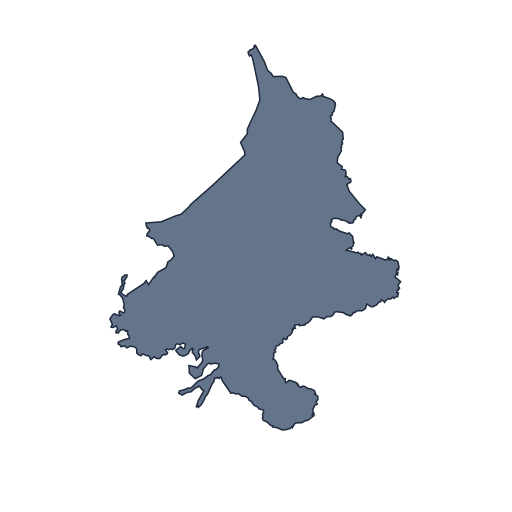 outline of Contepec, Michoacán, Mexico, rotated 228°
{"feature_id": "50627088B15028424096035", "entity_name": "Contepec", "entity_type": "district", "adm_level": 2, "iso_a3": "MEX", "parent_name": "Mexico", "parent_adm1": "Michoacán", "projection": "natural_earth1", "projection_center": [-100.227, 19.961], "detail": "fine", "context": "isolated", "style": "filled", "palette": "slate", "viewbox_px": 512, "rotation_deg": 228, "n_neighbors": 0, "source": "geoboundaries", "source_scale": "gbopen_adm2", "svg_char_len": 6161}
<svg xmlns="http://www.w3.org/2000/svg" viewBox="0 0 512 512"><g transform="rotate(228 256 256)"><path d="M381.5,389.5L386.1,388.8L395.0,392.3L413.0,396.6L413.4,394.9L412.0,394.4L412.2,391.6L413.2,389.4L412.7,388.8L413.0,386.9L411.5,385.7L409.0,385.0L408.7,387.1L404.4,385.3L380.1,371.2L369.4,363.3L364.4,354.0L356.2,334.6L352.6,331.2L350.7,320.5L341.1,317.3L338.5,315.1L337.6,270.1L338.0,241.3L337.4,239.9L337.1,228.1L339.6,223.2L344.8,208.5L354.2,196.2L351.7,194.6L349.3,193.9L347.5,195.0L346.2,194.1L345.2,189.8L343.9,188.2L343.0,189.3L338.7,190.3L337.9,191.5L330.0,190.1L327.3,193.6L324.4,194.5L322.4,197.4L316.2,197.2L312.1,195.9L310.6,194.5L310.0,190.1L310.6,186.5L308.1,182.6L307.7,180.6L309.7,171.9L308.7,167.8L307.9,166.9L308.8,166.1L306.6,157.0L311.2,157.9L310.6,154.3L313.5,134.5L312.6,133.3L313.1,132.5L316.4,131.3L319.4,131.2L320.3,135.2L323.4,139.2L323.5,140.4L325.5,141.0L326.8,145.9L328.2,147.5L329.7,145.7L329.4,144.6L330.0,142.7L328.6,140.5L323.7,137.1L323.8,134.7L319.5,128.1L318.5,128.9L313.9,128.6L308.4,125.8L306.3,122.9L303.7,122.4L302.2,120.9L302.5,119.3L305.9,118.3L306.4,117.6L305.3,115.9L302.6,115.6L303.3,114.2L307.9,112.1L308.2,110.3L307.0,105.3L301.2,103.5L300.6,101.2L299.9,100.7L298.6,101.9L297.5,105.4L296.6,105.2L294.3,104.3L293.8,101.5L292.5,100.6L290.9,102.1L291.6,105.6L290.8,107.4L289.1,108.8L287.1,109.0L286.3,110.5L283.6,108.3L281.7,108.1L279.4,106.7L281.6,103.2L284.0,96.9L284.1,95.7L282.8,94.6L281.2,95.4L278.9,94.9L277.2,98.2L274.1,98.5L273.4,101.8L270.7,104.4L268.1,105.4L266.4,104.9L263.7,102.5L261.7,102.5L258.7,103.9L259.1,106.2L258.3,106.8L255.9,107.6L253.2,109.6L249.4,108.5L249.2,112.8L246.1,113.7L244.2,115.9L244.9,120.0L244.4,121.8L243.1,122.5L242.8,124.5L243.4,125.7L245.9,125.7L246.8,126.4L246.1,127.9L244.7,128.6L244.0,130.6L242.2,131.4L241.8,133.8L243.9,137.2L244.0,138.2L240.8,140.4L240.5,143.1L237.9,144.6L235.0,141.2L235.8,140.0L239.2,139.5L239.6,133.3L238.6,133.0L234.1,132.9L230.7,134.5L229.5,136.6L228.8,140.2L230.0,143.4L230.2,146.9L229.3,147.0L227.2,144.3L222.1,143.9L218.6,142.2L218.9,146.8L220.1,147.9L222.3,148.4L224.6,150.9L220.9,159.3L220.0,159.3L219.8,158.7L221.2,153.5L220.2,151.2L217.4,148.5L214.3,147.0L213.0,144.0L212.2,137.2L213.7,137.1L219.5,132.9L213.6,128.1L205.4,128.8L203.7,135.7L207.3,141.4L208.2,147.9L207.6,149.7L206.1,149.9L203.9,153.7L200.6,156.2L198.6,153.9L198.3,150.6L199.2,149.0L198.3,142.7L199.2,140.2L199.7,134.5L201.5,130.5L201.8,128.3L201.4,120.8L201.8,118.9L203.6,116.8L204.6,113.2L207.0,108.8L205.9,106.8L202.1,108.0L200.7,113.5L198.5,117.0L198.6,121.7L197.0,126.9L192.7,126.4L191.8,127.1L190.7,126.9L187.2,116.4L184.0,110.9L183.5,111.0L183.5,112.4L182.1,111.9L182.1,116.0L184.2,122.3L185.3,123.3L185.7,127.4L190.2,137.5L190.7,140.2L192.8,143.4L191.3,145.6L191.5,146.4L189.6,146.8L189.5,149.0L185.5,147.4L170.8,145.5L169.4,147.5L166.8,148.8L165.6,150.7L161.3,151.7L158.5,154.3L155.3,155.1L153.6,154.3L150.2,155.4L149.5,154.8L146.2,154.7L142.8,156.1L140.5,155.9L136.4,158.5L134.8,157.0L134.1,155.0L131.3,153.3L131.3,152.4L129.1,151.4L125.3,153.1L120.1,153.6L118.8,154.8L117.9,153.9L114.5,156.6L109.0,159.2L107.0,161.9L105.0,165.7L105.0,168.7L104.2,168.3L105.5,172.6L105.1,174.1L101.4,178.6L100.6,182.4L99.3,184.4L98.6,191.8L100.3,191.3L100.1,192.1L100.9,193.0L99.7,193.4L103.6,194.9L105.7,199.8L104.9,202.4L107.5,203.1L107.9,205.9L110.5,208.1L114.2,207.2L114.2,208.4L116.7,209.3L117.8,209.0L120.6,207.8L122.2,206.3L126.8,204.7L128.2,203.4L128.6,201.2L132.3,200.5L132.4,201.4L135.3,201.1L141.4,197.7L141.8,193.4L143.8,194.1L145.2,195.7L145.8,194.7L149.0,194.9L158.2,196.7L159.5,198.6L163.7,200.2L167.5,200.4L167.8,199.7L170.1,202.7L171.9,203.8L171.6,206.5L173.7,206.6L173.6,208.2L175.7,210.9L174.4,212.9L174.6,215.6L173.6,217.5L174.3,218.9L175.9,219.5L176.2,221.7L174.0,222.0L173.7,224.0L175.1,225.5L174.4,228.6L174.8,231.0L176.6,234.6L177.4,234.2L177.5,235.3L176.0,236.9L178.7,238.0L176.4,242.4L175.2,241.6L171.9,246.4L172.6,247.6L171.6,249.8L171.8,253.9L172.9,257.3L169.3,261.3L163.8,264.4L163.6,267.7L160.9,271.3L160.7,273.9L161.6,276.8L160.9,278.4L155.7,282.9L151.8,284.0L148.2,286.2L148.1,288.5L148.8,290.5L147.9,291.5L147.5,294.8L144.3,298.2L143.7,302.0L146.2,306.2L141.4,307.5L139.9,309.2L139.0,313.1L139.4,316.1L138.6,318.3L139.7,319.8L137.2,320.8L135.6,320.4L136.1,324.3L133.9,327.7L134.1,329.8L132.1,330.2L132.0,333.2L130.9,333.9L133.3,337.2L134.7,336.2L135.6,337.3L135.4,339.4L136.3,339.3L136.1,341.2L139.3,341.9L140.1,346.3L147.5,345.3L149.0,348.9L147.4,348.7L148.7,350.4L149.6,349.5L151.0,350.6L151.9,352.4L150.3,352.1L150.9,353.4L152.3,355.0L156.9,357.7L159.6,357.0L160.1,355.4L163.4,354.7L163.3,352.8L164.8,352.2L164.9,353.8L166.7,353.5L165.7,352.2L166.3,349.6L174.5,345.3L174.0,343.1L179.2,343.9L178.5,341.2L180.8,341.6L180.7,340.8L182.6,339.3L185.2,339.7L186.3,334.9L187.6,335.7L189.4,334.3L190.7,334.3L190.6,333.5L191.8,332.0L192.7,332.0L199.8,327.0L199.6,330.9L197.2,331.5L197.2,332.0L198.6,331.9L198.5,334.5L200.5,337.9L201.0,337.6L205.8,340.9L211.0,340.6L211.1,339.0L218.7,334.7L220.8,334.2L221.6,333.6L221.5,332.9L222.1,334.0L224.2,331.8L224.8,332.5L227.4,331.2L230.3,332.8L230.6,335.2L232.7,336.0L232.1,336.8L232.1,338.9L228.1,342.7L226.1,343.1L222.6,346.0L217.9,347.3L218.2,348.0L217.1,348.3L215.9,350.0L216.1,351.4L217.5,352.8L216.8,354.7L218.0,356.2L218.0,357.7L216.8,360.2L214.3,359.5L214.3,360.2L215.6,360.7L215.6,361.9L216.7,361.6L217.0,362.4L216.4,363.9L217.2,368.2L225.1,367.8L241.6,368.6L248.3,371.3L247.6,376.3L250.0,377.8L250.6,377.8L250.8,376.6L254.0,376.9L255.4,375.4L256.2,377.5L257.2,377.8L258.0,379.0L260.1,379.8L263.2,377.6L264.6,379.9L270.9,378.7L274.7,382.8L277.0,390.0L278.9,390.7L279.2,392.1L280.9,392.9L281.2,394.8L282.2,396.1L282.8,395.7L284.0,396.7L284.4,399.0L290.0,403.2L306.3,402.0L307.8,403.9L309.3,404.1L310.4,405.3L309.7,405.8L310.0,407.6L311.4,408.3L311.3,410.4L312.0,411.8L315.5,416.5L317.2,417.4L319.7,417.4L323.1,416.3L330.0,412.5L331.0,413.7L331.9,413.8L331.4,411.8L333.3,408.6L333.9,408.5L336.3,400.7L340.8,397.3L341.9,397.3L342.5,396.6L342.6,394.9L343.8,393.8L347.5,393.5L349.8,394.2L352.4,393.2L368.5,397.6L371.8,395.9L377.9,388.8L381.5,389.5Z" fill="#64748b" stroke="#1e293b" stroke-width="1.5"/></g></svg>